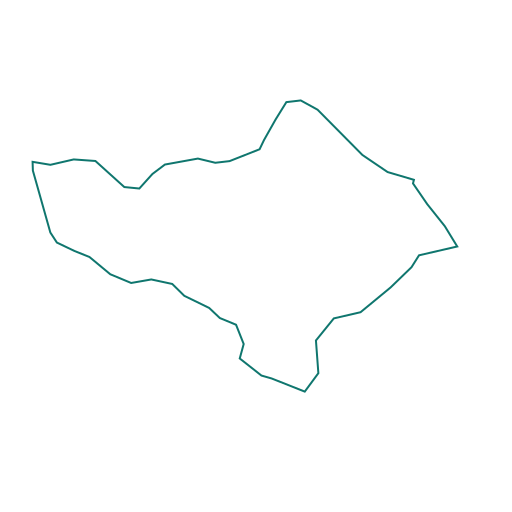 the district of Bollebygd, Västra Götaland, Sweden, rotated 257°
{"feature_id": "70781695B31966174790968", "entity_name": "Bollebygd", "entity_type": "district", "adm_level": 2, "iso_a3": "SWE", "parent_name": "Sweden", "parent_adm1": "Västra Götaland", "projection": "mercator", "projection_center": [12.663, 57.758], "detail": "fine", "context": "isolated", "style": "outline", "palette": "teal", "viewbox_px": 512, "rotation_deg": 257, "n_neighbors": 0, "source": "geoboundaries", "source_scale": "gbopen_adm2", "svg_char_len": 793}
<svg xmlns="http://www.w3.org/2000/svg" viewBox="0 0 512 512"><g transform="rotate(257 256 256)"><path d="M294.7,427.0L308.2,403.1L330.5,382.4L384.7,348.9L397.5,334.6L399.1,320.2L384.7,305.9L367.2,289.9L359.2,283.5L354.4,251.6L356.0,237.3L364.0,221.3L365.6,187.8L359.2,173.5L348.0,157.5L352.8,143.2L384.7,120.9L391.1,100.1L391.1,76.2L398.0,59.5L389.4,57.8L369.0,58.8L325.1,60.9L313.9,65.0L306.0,74.9L301.7,80.3L292.5,93.5L271.0,109.9L257.8,128.3L256.7,148.7L247.6,168.1L233.3,177.2L215.9,198.7L203.7,206.8L193.5,221.1L173.0,224.2L162.4,218.5L159.8,217.1L138.3,234.4L133.2,243.6L112.9,273.0L127.8,290.4L160.2,295.4L177.7,317.8L177.7,345.2L195.1,380.1L210.1,405.0L220.0,415.0L220.0,454.2L242.5,446.7L268.0,434.5L291.4,425.3L294.7,427.0Z" fill="none" stroke="#0f766e" stroke-width="2"/></g></svg>